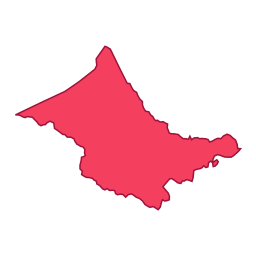 Turvo, Santa Catarina, Brazil
{"feature_id": "56859067B30250296279332", "entity_name": "Turvo", "entity_type": "district", "adm_level": 2, "iso_a3": "BRA", "parent_name": "Brazil", "parent_adm1": "Santa Catarina", "projection": "equal_earth", "projection_center": [-49.676, -28.894], "detail": "fine", "context": "isolated", "style": "filled", "palette": "rose", "viewbox_px": 256, "rotation_deg": 0, "n_neighbors": 0, "source": "geoboundaries", "source_scale": "gbopen_adm2", "svg_char_len": 2349}
<svg xmlns="http://www.w3.org/2000/svg" viewBox="0 0 256 256"><path d="M212.6,162.9L213.0,159.2L214.4,156.1L217.2,154.7L219.9,155.2L222.5,156.2L224.6,157.0L227.7,157.1L231.0,157.2L233.4,155.8L235.3,154.1L237.6,152.1L239.1,150.6L240.6,148.7L237.7,148.5L237.2,144.4L235.5,140.0L232.6,137.8L230.1,135.4L227.0,134.2L223.6,135.9L220.8,138.7L217.8,138.3L215.0,139.5L212.4,141.1L209.6,142.0L208.0,139.5L205.5,138.8L202.1,138.5L199.4,138.6L197.5,137.6L193.9,138.0L191.6,139.8L189.9,136.2L188.4,139.3L185.8,138.7L183.1,138.7L180.0,136.2L178.3,134.5L176.2,134.2L174.0,133.8L171.6,133.8L169.2,133.0L168.3,130.4L167.2,127.9L167.6,124.0L165.4,123.1L163.2,121.7L159.9,122.0L157.6,120.3L155.5,120.6L153.9,118.7L152.8,116.5L150.7,115.0L148.8,111.8L145.6,111.2L143.6,108.1L142.5,105.0L142.4,101.6L139.5,98.7L137.7,95.3L136.6,92.3L133.5,90.5L131.7,87.4L129.8,83.5L127.2,83.3L120.7,70.5L110.3,49.1L107.0,47.1L105.0,46.3L97.9,56.4L96.2,58.9L96.4,62.0L96.8,65.4L94.8,69.3L78.5,82.1L67.3,89.8L64.8,91.5L43.1,101.6L15.4,114.9L18.1,114.9L20.4,115.5L22.9,116.9L25.2,117.6L27.0,116.6L29.4,116.9L32.3,117.2L34.7,119.7L36.8,121.7L38.7,124.4L40.9,125.7L43.3,124.8L45.4,124.6L47.1,122.7L50.0,121.2L53.8,123.0L54.5,128.4L56.9,130.0L59.7,132.0L62.8,134.4L64.9,134.6L67.2,137.1L70.9,137.2L74.0,138.8L74.9,141.2L76.8,144.1L79.0,145.3L80.8,146.4L83.0,146.9L84.9,149.6L84.5,152.8L85.3,155.5L83.5,156.7L81.5,157.2L81.2,160.3L80.0,165.2L80.0,168.9L82.3,171.3L81.6,174.6L84.7,176.6L86.6,177.4L89.5,177.6L92.5,178.4L94.0,180.1L96.2,181.1L96.9,184.0L99.6,185.4L101.4,187.5L103.0,189.1L105.0,189.9L107.0,188.5L109.6,190.5L112.7,190.2L114.8,190.8L115.6,193.6L117.5,194.7L120.5,194.1L123.0,194.5L125.7,197.2L128.3,194.6L131.6,193.9L134.3,195.7L136.2,197.2L139.4,198.4L142.6,201.0L144.9,204.4L147.5,206.1L149.8,207.3L153.4,206.6L156.0,208.3L158.2,209.7L160.3,207.0L161.5,202.1L162.5,199.7L164.7,201.0L166.8,200.7L169.3,199.8L169.4,196.2L168.3,193.2L162.9,186.8L169.7,178.8L172.0,178.7L175.0,180.7L177.7,182.8L180.8,183.5L182.4,181.0L184.4,181.0L186.1,179.7L188.6,180.1L192.0,181.4L193.1,177.6L193.5,173.6L193.8,170.6L196.0,169.5L197.9,169.0L199.9,168.7L201.9,167.8L203.8,165.8L205.7,167.5L207.9,166.9L208.6,162.7L210.9,161.1L212.6,162.9ZM212.6,162.9L213.2,166.6L215.2,166.0L217.1,164.1L218.3,161.8L216.8,159.8L214.6,161.2L212.6,162.9Z" fill="#f43f5e" stroke="#9f1239" stroke-width="1.5"/></svg>